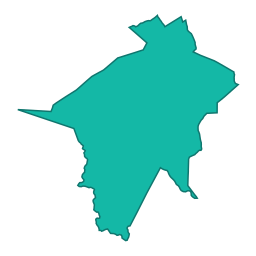 the district of Urbano Santos, Maranhão, Brazil
{"feature_id": "56859067B97391403758690", "entity_name": "Urbano Santos", "entity_type": "district", "adm_level": 2, "iso_a3": "BRA", "parent_name": "Brazil", "parent_adm1": "Maranhão", "projection": "orthographic", "projection_center": [-43.287, -3.284], "detail": "fine", "context": "isolated", "style": "filled", "palette": "teal", "viewbox_px": 256, "rotation_deg": 0, "n_neighbors": 0, "source": "geoboundaries", "source_scale": "gbopen_adm2", "svg_char_len": 3412}
<svg xmlns="http://www.w3.org/2000/svg" viewBox="0 0 256 256"><path d="M197.2,198.2L196.4,196.8L194.5,194.5L187.8,185.6L188.1,175.4L188.3,171.6L188.3,169.6L188.6,159.1L189.4,157.1L191.4,156.1L193.6,155.1L194.7,154.7L195.7,153.6L197.2,152.3L198.5,150.9L199.4,150.3L201.0,150.3L201.7,149.0L201.4,147.4L201.2,146.2L201.3,144.6L201.2,142.6L200.7,140.9L200.3,139.2L200.1,137.9L199.8,135.8L199.5,133.9L198.8,132.0L198.1,130.5L198.1,129.3L198.0,128.0L198.1,126.1L198.7,124.4L199.6,122.8L200.2,121.7L201.2,120.1L202.7,118.6L203.7,116.7L204.4,115.7L205.3,114.9L206.8,113.3L217.1,112.8L217.2,102.7L223.3,97.8L224.7,96.6L238.2,84.6L236.7,84.0L235.5,83.5L234.8,82.4L234.2,80.9L234.2,78.9L234.1,77.4L234.3,76.0L234.5,74.5L234.0,73.4L233.9,72.0L218.0,62.8L214.3,60.8L200.2,55.2L193.2,51.9L194.4,50.4L196.0,49.1L196.1,47.8L195.6,46.1L195.1,44.2L195.1,42.5L194.6,41.1L193.9,39.3L193.1,37.4L192.2,35.4L191.3,33.7L188.4,31.3L187.4,29.9L187.2,26.5L186.6,24.9L185.7,20.2L182.7,22.0L182.2,20.2L181.8,18.9L181.1,16.7L164.9,26.7L164.1,25.2L163.1,24.0L162.0,22.8L161.3,21.5L160.6,20.6L159.9,19.7L159.2,18.5L158.4,17.5L157.7,16.6L157.4,15.4L156.4,16.3L154.9,17.6L153.6,18.5L152.2,19.4L151.1,20.3L150.0,20.8L148.7,20.6L147.1,20.9L145.0,21.6L143.8,22.3L142.5,23.0L140.8,23.2L139.6,24.1L137.5,26.1L135.6,26.8L134.7,26.0L133.0,25.6L131.8,26.3L130.5,26.8L129.2,27.4L139.3,36.2L144.7,40.9L146.9,42.9L144.0,48.4L143.2,49.9L134.8,52.6L118.9,57.6L117.8,57.9L115.1,60.2L104.4,69.3L103.6,70.0L100.7,71.6L99.7,72.1L94.6,74.9L91.8,76.5L86.6,81.0L78.1,88.5L76.4,90.0L68.8,94.8L66.1,96.5L56.6,102.7L53.2,105.2L52.4,108.1L51.7,109.8L51.0,111.5L44.1,111.1L40.4,110.9L25.3,110.0L17.8,109.6L39.7,117.0L73.9,128.5L78.3,140.6L79.4,142.1L80.6,143.0L81.3,144.2L82.3,144.9L83.3,145.8L83.0,147.1L82.5,148.5L83.2,149.3L84.3,149.8L85.2,150.6L84.8,151.7L83.9,152.9L84.5,154.5L84.6,156.3L85.5,157.6L86.8,158.4L87.6,159.6L87.2,161.7L86.9,163.5L86.5,164.7L85.5,165.3L84.6,166.9L84.2,168.3L84.9,169.7L84.6,171.2L84.6,172.4L83.6,173.1L82.4,174.7L81.9,176.9L82.7,178.4L83.9,179.7L83.8,181.1L82.6,182.2L81.5,182.6L79.8,182.6L78.7,183.9L77.8,185.4L79.2,186.5L81.2,186.7L82.8,186.1L84.9,186.2L86.2,186.6L87.6,187.1L89.0,187.7L90.5,187.3L91.6,187.6L92.7,188.3L93.8,188.7L94.5,189.8L93.9,190.8L93.6,192.1L93.9,193.6L95.0,195.0L95.5,197.7L94.1,198.9L93.1,200.2L93.2,201.8L93.8,203.2L94.4,204.9L94.2,206.5L94.1,208.1L93.8,209.8L95.1,211.0L96.6,212.1L98.1,212.1L98.9,213.5L99.2,215.1L99.9,216.5L99.6,218.1L98.4,218.4L97.1,218.1L95.8,219.2L95.9,220.4L96.3,222.0L96.2,223.5L97.2,225.3L98.0,226.2L98.7,227.6L99.1,229.1L99.2,230.4L100.8,230.4L101.6,231.2L103.1,230.7L104.7,229.8L106.0,229.3L107.6,229.0L108.7,230.6L109.9,232.4L110.6,233.4L112.2,233.5L113.9,233.6L115.7,234.3L117.0,235.3L118.3,235.1L119.3,234.5L121.3,235.1L122.0,236.5L122.0,238.0L123.6,239.2L125.7,240.6L127.2,240.2L127.7,238.8L128.6,237.2L129.0,235.5L129.3,233.9L128.4,232.7L127.9,231.3L128.0,230.0L127.1,228.7L127.2,227.5L128.2,226.2L130.0,225.9L137.4,211.6L146.8,193.0L160.4,167.7L162.0,168.7L163.2,169.3L165.0,170.0L167.1,170.5L168.1,172.0L168.7,173.7L169.4,175.1L170.3,176.6L171.3,177.7L172.5,178.8L173.8,180.1L174.7,181.2L175.6,182.8L176.1,184.0L177.0,184.9L178.3,185.7L179.3,187.1L179.9,188.4L180.6,189.8L181.5,190.7L183.3,191.6L185.6,191.8L187.6,190.8L189.4,190.8L190.8,191.8L191.2,193.8L191.2,195.2L191.9,196.2L193.0,197.2L194.7,198.3L197.2,198.2Z" fill="#14b8a6" stroke="#0f766e" stroke-width="1.5"/></svg>